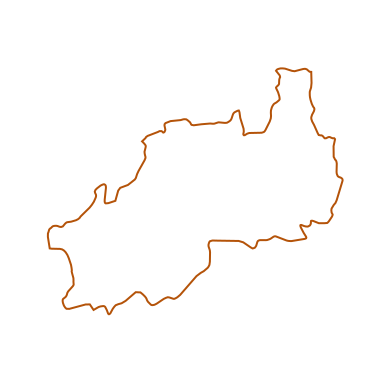 the border of Uruzgan, rotated 168°
{"feature_id": "AFG-1752", "entity_name": "Uruzgan", "entity_type": "Province", "adm_level": 1, "iso_a3": "AFG", "parent_name": "Afghanistan", "parent_adm1": "", "projection": "robinson", "projection_center": [66.006, 32.797], "detail": "fine", "context": "isolated", "style": "outline", "palette": "amber", "viewbox_px": 384, "rotation_deg": 168, "n_neighbors": 0, "source": "natural_earth", "source_scale": "10m", "svg_char_len": 4732}
<svg xmlns="http://www.w3.org/2000/svg" viewBox="0 0 384 384"><g transform="rotate(168 192 192)"><path d="M312.8,97.1L315.3,103.3L319.5,104.1L336.3,103.2L339.1,103.9L340.1,105.4L340.9,107.5L341.3,110.4L341.2,112.3L340.8,113.6L340.3,114.2L337.5,115.6L336.6,116.4L335.9,117.3L334.8,119.4L333.8,120.5L328.1,124.7L327.4,125.4L327.0,126.1L326.9,126.7L326.6,129.0L326.4,129.6L325.9,132.4L326.2,137.9L326.2,139.4L325.8,140.4L325.6,142.7L325.5,145.9L326.3,152.9L327.0,156.4L328.2,159.5L329.5,161.5L331.0,162.9L333.0,163.8L341.0,165.7L342.9,166.4L342.3,178.0L342.0,179.4L341.5,181.5L340.8,182.5L339.7,184.6L339.0,185.4L338.1,185.9L337.3,186.2L336.1,187.0L335.3,187.4L334.2,187.5L332.9,187.4L331.6,187.1L330.6,186.7L328.9,185.6L327.4,185.0L325.5,185.2L322.6,187.5L321.5,188.1L320.5,188.4L316.4,188.1L311.4,188.5L309.1,189.1L307.2,190.1L306.1,191.2L295.4,198.0L292.6,200.3L290.0,202.9L287.4,206.5L286.9,207.4L286.6,208.3L286.5,209.2L287.0,211.5L287.0,212.6L285.9,214.2L284.0,215.4L280.1,217.3L278.0,217.8L276.5,217.9L275.9,217.5L275.5,217.1L275.3,216.8L275.1,216.2L275.1,215.3L275.3,214.0L279.0,202.6L279.4,200.9L279.4,199.8L279.2,199.2L278.7,198.8L276.1,198.5L268.8,199.3L263.9,208.7L261.3,211.0L253.2,212.2L245.3,216.1L244.0,217.4L242.0,220.9L239.9,223.7L231.8,232.9L230.4,235.0L230.2,236.2L230.3,237.6L230.3,239.3L230.1,241.2L228.1,245.3L227.7,246.4L227.7,247.2L228.2,248.4L228.8,249.5L230.3,251.9L226.3,254.4L225.5,255.3L223.7,256.1L212.9,257.8L211.1,258.3L209.2,257.9L208.5,257.2L208.1,256.5L207.8,256.1L207.2,256.1L206.4,256.5L205.5,257.7L205.1,258.8L205.1,259.9L205.1,262.0L205.1,262.5L205.0,263.2L204.6,264.1L203.6,264.9L198.2,265.8L188.1,264.7L185.4,264.9L183.9,264.7L182.4,264.2L181.2,262.9L179.4,260.5L179.2,259.8L178.8,258.4L178.5,257.8L176.4,256.9L168.7,256.3L160.0,255.2L157.3,254.4L156.0,254.2L152.2,254.6L151.4,254.6L146.0,252.9L144.6,252.6L143.4,252.5L141.7,253.0L140.1,253.7L139.3,254.2L138.7,254.8L138.1,255.5L136.1,258.9L135.5,259.8L134.8,260.5L134.0,261.0L133.2,261.3L130.5,262.0L129.8,262.0L129.3,262.0L129.1,261.2L129.0,259.9L129.4,254.4L128.4,243.2L128.7,240.7L129.3,239.0L129.7,238.2L129.8,237.5L129.5,236.8L129.0,236.7L128.6,236.6L125.8,237.6L123.7,237.8L111.6,235.5L110.2,235.6L109.1,235.8L108.8,236.0L108.3,236.3L107.2,237.4L101.3,244.8L99.6,247.7L98.9,249.9L98.4,253.1L97.8,255.4L96.3,258.2L95.0,259.8L93.8,260.9L93.1,261.3L90.7,262.1L87.9,263.6L87.4,264.0L87.0,264.5L86.8,265.7L86.7,267.6L87.1,271.8L88.1,275.9L88.1,276.7L87.2,277.5L85.6,278.4L85.0,278.9L84.7,279.2L84.4,279.6L84.2,280.4L83.3,283.8L82.8,284.8L82.2,285.7L81.9,286.1L81.9,287.1L82.0,287.9L84.6,293.1L83.6,294.0L82.2,294.4L79.9,294.5L77.7,294.1L75.3,293.3L69.0,289.7L66.5,288.8L57.7,289.2L55.8,289.0L54.3,288.2L52.0,285.2L50.4,284.7L52.4,273.8L53.8,269.4L55.3,266.8L55.9,265.7L56.2,264.6L56.7,262.0L56.9,260.1L56.9,257.6L56.5,253.4L56.0,251.2L55.5,249.6L55.1,248.9L55.0,248.1L55.2,247.1L56.0,245.6L58.5,242.6L59.8,240.3L60.1,238.7L59.8,236.0L58.7,232.3L56.8,223.4L56.2,221.4L54.3,220.6L53.6,220.5L52.9,220.0L52.2,219.1L51.5,217.6L50.9,216.9L49.8,216.7L47.3,217.3L46.6,217.3L45.8,217.1L44.2,215.9L43.0,215.2L41.8,215.1L41.3,214.4L41.1,213.9L44.0,207.4L46.1,196.9L45.7,195.6L45.3,193.9L44.7,193.1L44.5,192.3L44.4,191.2L44.5,189.6L46.4,181.7L46.6,180.0L46.5,178.9L46.3,178.0L46.1,177.1L45.6,176.6L45.0,176.0L43.6,175.2L43.0,174.6L42.5,174.0L42.2,173.3L42.2,172.5L42.4,171.7L52.2,153.9L54.0,151.4L56.0,149.9L58.9,146.8L59.5,145.2L59.6,144.1L59.7,143.1L59.6,142.4L59.1,140.8L59.5,139.8L60.4,138.6L64.1,135.0L65.4,134.0L66.2,133.6L69.3,134.0L74.4,135.1L79.2,138.3L80.6,139.0L81.5,139.0L81.9,138.1L82.2,136.8L82.8,135.6L83.8,134.7L85.9,134.1L87.8,134.6L89.6,135.5L91.8,137.0L92.7,137.1L93.1,136.4L92.9,134.7L91.3,128.9L89.8,124.8L89.6,123.9L90.0,123.0L91.4,122.7L104.7,123.3L106.5,123.7L108.1,124.2L109.6,124.9L119.3,131.2L120.5,131.5L121.6,131.3L125.0,129.9L126.7,129.6L128.6,129.4L130.1,129.6L135.6,130.8L136.8,130.7L137.8,130.3L138.5,129.5L140.4,126.0L142.0,124.5L143.5,124.2L144.5,124.2L146.1,125.6L152.3,132.1L156.5,134.4L177.1,139.1L182.1,140.3L184.7,140.1L185.5,139.4L186.2,138.3L186.9,136.8L187.1,135.4L187.0,134.0L186.8,132.6L186.7,131.1L186.9,129.2L189.0,120.1L190.1,117.1L191.3,115.6L192.4,114.6L197.0,112.1L200.2,111.1L205.1,108.8L225.0,93.8L228.2,92.1L230.3,91.4L231.7,91.2L232.4,91.4L236.0,93.5L237.5,94.1L239.4,93.9L241.9,93.3L249.8,90.1L252.1,89.5L253.4,89.5L254.4,89.6L255.1,89.9L255.7,90.4L257.9,93.8L258.3,94.9L258.6,96.0L258.7,97.1L259.0,98.0L259.7,99.5L261.4,102.1L263.3,104.5L267.9,105.7L279.6,99.3L284.0,97.8L287.4,97.6L290.2,97.1L291.9,95.9L293.8,94.2L297.1,90.3L298.2,89.7L298.7,89.7L299.3,90.4L299.9,94.3L300.8,97.6L301.4,98.4L302.5,98.9L305.2,99.1L307.3,98.9L312.8,97.1Z" fill="none" stroke="#b45309" stroke-width="2"/></g></svg>